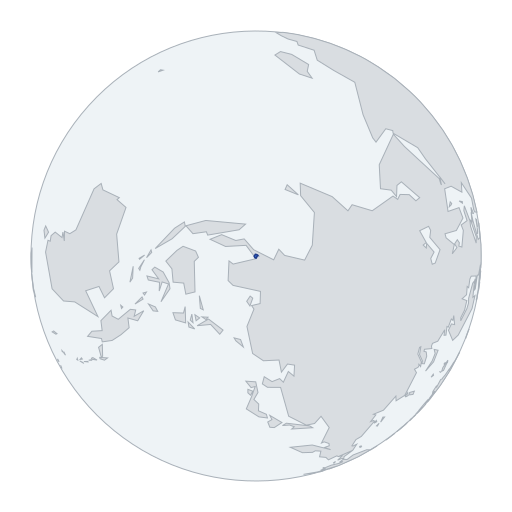 Phetchaburi highlighted on a globe, orthographic projection, rotated 132°
{"feature_id": "THA-419", "entity_name": "Phetchaburi", "entity_type": "Province", "adm_level": 1, "iso_a3": "THA", "parent_name": "Thailand", "parent_adm1": "", "projection": "orthographic", "projection_center": [99.57, 12.939], "detail": "fine", "context": "on_globe", "style": "filled", "palette": "blue", "viewbox_px": 512, "rotation_deg": 132, "n_neighbors": 0, "source": "natural_earth", "source_scale": "10m", "svg_char_len": 10265}
<svg xmlns="http://www.w3.org/2000/svg" viewBox="0 0 512 512"><g transform="rotate(132 256 256)"><circle cx="256" cy="256" r="225" fill="#eef3f6" stroke="#a8b0b8"/><path d="M469.5,324.8L469.0,326.3L468.9,326.6L469.5,324.8ZM356.4,54.3L356.7,54.5L365.4,59.2L357.8,55.2L379.2,68.1L386.5,74.6L373.9,64.7L369.1,61.9L371.9,64.6L367.6,62.4L366.5,62.7L361.1,60.1L354.2,55.3L350.6,53.8L352.7,55.8L348.7,55.1L346.2,52.1L338.9,50.7L325.9,44.1L323.3,41.0L316.1,38.9L336.6,45.6L356.4,54.3ZM372.6,63.5L370.6,62.2L374.0,64.3L372.6,63.5ZM367.3,63.2L369.2,64.5L367.8,64.1L367.3,63.2ZM358.3,60.1L355.5,59.5L357.2,59.2L358.3,60.1ZM353.1,58.7L346.3,58.2L350.0,60.6L335.7,54.1L346.2,56.3L347.7,55.3L349.6,57.1L353.1,58.7ZM329.0,50.9L326.3,50.3L327.8,50.1L329.0,50.9ZM306.0,36.3L299.6,35.0L298.7,34.9L294.7,34.1L306.0,36.3ZM286.3,32.8L288.7,33.1L286.0,32.7L290.8,33.5L286.2,32.9L283.1,32.4L282.5,32.3L281.1,32.2L280.3,32.0L286.3,32.8ZM269.6,31.1L270.1,31.2L268.3,31.1L269.6,31.1ZM276.0,31.6L272.1,31.3L276.0,31.6ZM284.2,32.8L292.1,33.8L292.5,33.9L284.2,32.8ZM267.7,31.0L269.1,31.2L267.1,31.0L267.7,31.0ZM279.0,32.1L281.7,32.4L282.1,32.5L279.0,32.1ZM269.6,31.3L267.8,31.1L269.8,31.2L269.6,31.3ZM273.8,31.7L273.7,31.8L271.6,31.3L275.0,31.7L273.8,31.7ZM278.9,32.2L280.1,32.3L277.7,32.1L278.9,32.2ZM263.1,31.5L259.9,30.9L264.3,30.9L266.8,31.4L263.1,31.5ZM75.5,121.2L76.9,122.8L75.9,125.2L68.8,134.5L64.1,152.5L70.8,145.7L73.6,157.7L79.8,160.8L94.4,143.1L84.2,137.5L89.3,127.6L103.0,124.2L113.0,130.4L115.3,126.9L114.8,116.3L123.0,111.6L115.3,112.3L114.1,116.5L109.2,117.3L110.1,113.7L112.9,111.9L111.6,109.0L98.3,119.0L95.6,124.3L88.5,122.8L83.3,131.8L79.3,134.8L86.6,120.7L90.4,116.4L99.1,101.0L94.4,105.1L85.9,120.3L85.9,118.5L79.6,125.4L84.4,118.7L95.0,102.0L92.5,101.9L82.2,112.6L97.5,95.9L97.0,96.5L102.3,91.5L111.8,82.9L110.0,84.7L113.4,81.9L113.1,82.9L121.2,77.9L122.1,78.7L133.7,71.1L135.7,70.8L128.3,75.2L123.6,79.1L127.0,82.6L130.1,81.6L137.3,76.7L137.3,78.7L143.9,73.6L149.9,74.2L148.1,69.5L156.6,64.8L164.8,62.6L167.2,60.5L153.9,64.1L148.9,66.5L145.1,69.7L131.1,76.8L128.2,77.0L141.6,67.2L138.9,66.8L150.5,60.3L179.4,52.8L187.1,53.4L182.4,63.3L175.7,65.3L174.1,62.5L167.9,69.2L172.1,66.6L172.1,68.7L180.2,65.5L180.6,66.9L187.7,61.9L189.1,63.2L184.5,66.4L197.7,63.9L202.8,66.4L205.6,65.3L207.1,63.4L212.6,68.4L214.4,67.4L213.4,65.3L216.2,62.1L223.5,58.8L225.0,60.7L222.6,62.1L219.8,68.5L213.1,72.8L214.5,73.3L220.6,70.1L224.1,62.2L228.0,59.7L227.3,63.2L227.9,61.7L230.3,61.1L234.1,62.5L235.3,58.7L260.0,52.2L269.9,55.0L266.5,58.3L285.3,58.1L295.0,62.8L293.9,60.6L302.3,60.0L299.4,58.4L299.5,57.4L319.6,57.0L325.5,58.9L332.9,57.7L332.4,56.8L328.5,55.2L335.7,54.1L350.0,60.6L350.4,62.2L359.0,65.8L358.9,69.3L362.7,74.4L357.6,77.2L361.1,81.6L364.1,82.6L371.1,89.9L375.2,102.5L358.8,87.7L350.0,71.0L352.5,77.0L348.0,74.6L346.5,76.3L348.5,81.0L351.2,82.2L334.5,86.8L331.6,100.4L341.3,100.4L348.0,105.4L353.2,124.5L337.2,149.8L345.9,159.6L346.8,165.7L340.2,169.1L338.6,160.0L331.3,156.4L331.5,151.2L320.2,154.7L319.9,147.4L311.3,154.3L315.2,160.3L325.3,159.4L317.9,169.3L328.9,180.4L330.7,193.3L314.4,215.6L296.8,222.0L295.8,226.1L288.6,221.1L279.3,229.0L293.2,253.4L292.9,260.3L277.7,272.8L277.3,267.6L258.0,254.2L254.7,270.5L269.3,285.0L274.3,301.3L263.1,295.8L258.0,281.4L251.2,276.2L252.9,261.9L247.0,240.3L235.7,243.6L236.4,235.1L226.5,217.1L210.3,221.4L184.6,241.7L181.3,263.2L172.3,271.9L160.9,239.1L160.9,217.9L153.6,218.9L144.6,199.9L119.8,194.3L119.1,188.6L113.8,190.1L107.9,183.2L108.0,174.1L103.1,173.4L103.6,197.6L109.2,198.5L117.8,191.3L116.6,199.6L122.7,208.5L105.7,225.5L73.6,235.4L75.3,219.0L75.9,171.6L78.6,167.2L78.8,166.7L79.1,165.7L74.2,172.5L75.9,163.7L70.4,195.2L67.3,208.3L73.0,236.3L71.3,238.3L74.6,244.7L91.1,243.0L90.1,248.3L79.4,270.9L60.8,298.8L66.1,322.5L69.5,341.5L64.2,350.5L71.0,365.8L69.2,369.1L73.3,377.4L75.4,384.7L76.5,390.3L71.8,385.7L70.5,383.8L66.4,377.7L63.2,372.6L55.2,358.1L48.2,343.0L42.4,327.5L37.7,311.6L36.2,305.3L33.7,291.9L31.3,272.0L30.8,251.6L31.0,244.4L31.5,236.8L33.8,219.0L37.4,201.5L42.4,184.3L48.8,167.6L56.5,151.4L65.4,135.9L75.5,121.2ZM118.5,147.6L127.7,151.3L132.1,138.5L136.0,139.1L136.1,134.8L132.4,137.6L133.9,126.3L140.9,124.5L144.2,119.5L141.3,118.1L128.1,123.5L125.9,139.3L120.1,143.3L118.5,147.6ZM131.3,68.4L132.9,67.4L129.9,69.4L125.9,72.2L125.3,72.5L131.3,68.4ZM126.7,72.0L140.3,63.1L141.6,62.8L138.5,64.3L138.0,65.1L133.0,67.8L120.9,77.1L116.5,80.2L116.8,78.9L119.1,77.3L121.9,75.1L126.7,72.0ZM177.2,44.9L173.8,46.5L168.9,48.5L167.6,48.8L177.2,44.9ZM247.6,30.9L248.1,30.9L244.4,31.0L250.2,30.8L245.5,31.2L247.7,31.2L245.2,32.0L236.8,32.8L240.0,32.9L238.3,33.9L231.4,35.0L233.1,33.9L224.3,36.1L222.6,35.4L221.7,35.7L217.7,35.8L211.2,36.7L211.5,36.3L208.8,36.9L206.1,37.3L202.6,38.0L201.8,37.8L197.5,38.8L199.6,38.2L192.3,40.1L197.3,38.6L194.3,39.4L191.0,40.4L191.9,40.0L210.2,35.4L228.8,32.4L247.6,30.9ZM263.0,30.8L262.4,30.8L259.9,30.8L262.0,30.9L259.4,30.9L260.3,31.1L256.9,31.1L262.1,31.7L252.5,32.1L246.8,32.1L253.4,30.9L252.1,30.8L254.6,30.7L263.0,30.8ZM79.0,122.5L79.0,123.6L80.0,124.2L76.0,128.9L79.0,122.5ZM85.9,111.2L86.5,111.1L81.4,117.4L81.4,116.5L85.9,111.2ZM91.3,106.1L87.0,110.6L89.3,107.7L91.3,106.1ZM129.3,75.1L130.5,75.1L128.9,76.4L126.3,77.9L129.3,75.1ZM205.0,43.7L206.9,42.5L208.3,42.4L215.5,40.1L217.4,40.9L213.8,42.5L205.0,43.7ZM90.1,145.3L85.8,147.9L86.0,145.7L87.4,145.2L90.1,145.3ZM78.6,137.9L79.2,141.9L77.5,139.1L78.6,137.9ZM208.3,44.1L211.0,43.0L210.2,44.1L208.3,44.1ZM219.1,41.3L219.0,42.4L218.5,40.7L219.1,41.3ZM180.1,449.4L184.7,451.9L181.5,451.6L180.1,449.4ZM91.7,345.5L94.0,376.4L87.7,374.6L82.3,364.4L78.5,345.0L84.5,341.5L86.3,333.3L91.7,345.5ZM329.8,339.4L336.3,340.3L336.0,341.3L329.8,339.4ZM323.1,335.9L330.5,336.2L321.7,338.1L323.1,335.9ZM333.4,336.4L341.0,334.4L344.3,332.8L343.7,334.9L333.4,336.4ZM317.9,335.9L289.8,335.1L278.6,332.0L281.3,328.4L299.4,329.9L317.9,335.9ZM280.4,328.3L263.2,317.1L239.3,285.1L247.8,286.1L272.8,305.9L271.2,309.1L281.6,317.8L280.4,328.3ZM321.8,309.9L320.1,319.6L304.7,318.5L297.6,316.7L292.7,304.2L295.5,297.9L301.3,298.3L323.5,277.3L331.3,282.6L324.5,291.6L330.9,300.1L321.8,309.9ZM182.2,265.4L187.1,278.9L182.2,280.5L182.2,265.4ZM332.2,262.3L323.4,271.6L331.3,259.2L332.2,262.3ZM336.7,250.6L337.4,255.4L333.6,250.7L336.7,250.6ZM295.9,232.6L289.7,233.5L289.5,230.2L297.2,227.1L295.9,232.6ZM332.1,204.5L332.5,214.2L331.5,217.5L328.4,211.6L332.1,204.5ZM228.1,53.0L216.0,54.9L208.5,57.7L206.2,61.1L204.2,57.6L215.8,53.2L228.1,53.0ZM255.9,51.9L257.8,49.5L260.5,50.5L260.4,51.2L255.9,51.9ZM254.6,50.5L250.5,47.9L253.8,46.7L256.4,48.9L254.6,50.5ZM228.9,44.8L225.2,45.2L225.9,44.2L228.9,44.8ZM418.3,411.4L418.0,412.2L411.8,418.4L404.3,425.1L399.6,428.1L418.3,411.4ZM374.4,432.4L377.1,426.1L384.0,424.8L378.7,430.8L374.4,432.4ZM423.3,406.2L429.0,399.6L434.1,392.1L429.9,398.7L431.0,397.9L419.0,411.3L423.3,406.2ZM357.1,407.3L314.4,421.3L305.7,419.6L309.3,414.0L304.1,396.6L307.1,397.0L306.9,385.1L333.0,374.2L352.1,353.9L365.0,354.9L375.7,340.0L388.4,340.6L383.7,352.3L395.8,359.3L406.8,332.9L411.4,360.0L418.2,368.9L416.8,385.6L393.9,415.0L383.5,421.1L382.7,418.8L378.0,421.9L372.6,421.2L372.1,412.5L367.4,415.5L373.1,408.5L365.7,414.9L364.0,409.3L357.1,407.3ZM446.9,351.9L448.0,352.4L448.8,356.7L447.1,356.2L446.9,351.9ZM466.4,331.5L466.1,333.6L465.2,334.6L466.4,331.5ZM468.9,326.6L467.9,328.1L469.5,324.8L468.9,326.6ZM456.4,334.6L456.7,336.1L456.1,336.9L456.4,334.6ZM456.0,334.1L457.2,331.2L456.6,334.0L456.0,334.1ZM451.6,320.4L452.6,318.8L452.9,319.9L451.6,320.4ZM345.8,340.4L355.0,332.9L359.8,332.2L345.8,340.4ZM450.6,317.5L448.5,317.6L448.8,316.1L450.6,317.5ZM451.1,314.0L451.0,312.0L451.9,316.7L451.1,314.0ZM447.1,309.9L449.6,313.3L446.8,310.4L447.1,309.9ZM445.4,310.6L443.5,309.2L443.6,308.5L445.4,310.6ZM420.7,315.6L428.4,327.4L421.7,327.6L414.4,320.4L407.8,328.0L393.3,327.4L396.9,322.8L395.2,316.0L379.7,313.7L376.6,309.3L382.3,306.2L371.8,302.8L383.3,300.6L387.8,309.7L394.2,302.3L404.9,303.7L415.0,306.4L422.7,312.8L420.7,315.6ZM383.0,320.8L385.0,320.8L383.1,323.6L383.0,320.8ZM439.7,304.5L442.5,308.7L442.1,309.9L440.7,309.3L439.7,304.5ZM424.5,311.1L433.0,303.0L434.9,302.9L429.2,311.9L424.5,311.1ZM431.1,298.1L434.8,298.9L436.7,303.1L435.9,304.3L431.1,298.1ZM359.6,312.7L359.1,315.2L356.1,313.3L359.6,312.7ZM363.6,311.1L372.7,313.8L362.7,313.3L363.6,311.1ZM335.3,302.3L338.1,308.4L346.8,304.5L340.1,310.1L345.9,320.0L343.8,323.7L338.1,313.0L335.8,324.1L332.0,323.8L330.0,314.3L334.0,302.7L337.9,298.0L353.6,296.0L335.3,302.3ZM363.6,303.8L361.2,296.7L362.9,292.0L365.6,295.7L363.6,303.8ZM353.7,279.8L346.9,271.7L341.0,274.8L352.8,263.5L357.4,273.1L353.7,279.8ZM347.6,262.0L342.1,264.8L347.7,258.2L347.6,262.0ZM340.5,262.1L339.7,256.4L344.2,257.2L340.5,262.1ZM350.5,262.3L351.2,252.7L353.7,258.3L350.5,262.3ZM337.2,243.9L347.2,253.1L334.6,249.1L333.1,230.9L338.4,230.6L337.2,243.9ZM360.5,172.8L358.6,167.9L363.1,166.9L363.1,170.5L360.5,172.8ZM376.1,160.9L363.7,165.1L353.5,169.3L357.1,171.6L355.8,179.8L349.7,172.0L356.1,163.2L364.0,161.6L364.2,154.9L369.4,150.6L366.7,142.4L368.7,139.1L373.6,146.2L376.1,160.9ZM365.2,139.1L362.4,125.3L371.3,127.6L374.0,131.1L371.5,136.2L366.9,134.7L365.2,139.1ZM364.3,122.9L359.9,121.5L346.3,102.3L345.7,99.0L360.7,113.7L357.3,113.3L359.1,117.9L364.3,122.9ZM327.7,51.4L326.4,50.4L328.9,51.4L327.7,51.4ZM297.7,56.6L298.3,55.4L301.2,56.3L297.7,56.6ZM301.6,52.8L297.9,52.6L301.2,52.0L301.6,52.8ZM289.6,52.7L296.1,52.2L290.8,53.9L289.6,52.7Z" fill="#d9dde1" stroke="#a8b0b8" stroke-width="1"/><path d="M255.4,257.5L255.4,257.4L255.1,257.3L255.1,257.2L254.9,257.1L254.8,256.9L254.7,256.9L254.6,256.7L254.5,256.4L254.4,256.1L254.5,255.9L254.4,255.9L254.3,255.7L254.2,255.6L254.2,255.4L254.2,255.2L254.3,255.0L254.5,255.0L254.5,254.9L254.6,255.0L254.8,255.1L255.0,255.1L255.1,254.9L255.3,254.9L255.4,255.0L255.5,255.0L255.8,255.0L256.1,255.0L256.3,255.0L256.3,254.9L256.4,254.7L256.5,254.6L256.8,254.5L257.1,254.5L257.1,254.8L257.3,254.8L257.2,254.8L257.3,254.7L257.5,254.6L257.6,254.9L257.9,255.1L258.0,255.4L258.0,255.5L257.9,255.8L257.8,256.0L257.8,256.3L257.7,256.4L257.6,256.6L257.5,256.9L257.5,257.1L257.4,257.2L257.2,257.2L256.9,257.2L256.9,257.3L256.7,257.4L256.4,257.4L256.3,257.5L256.2,257.5L256.0,257.4L255.8,257.4L255.7,257.4L255.4,257.5Z" fill="#3b82f6" stroke="#1e3a8a" stroke-width="1.5"/></g></svg>